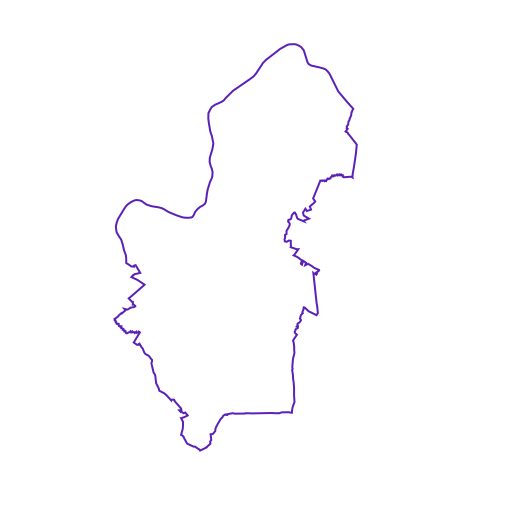 Ūdrīšu pag., Kraslavas, Latvia, rotated 137°
{"feature_id": "27541924B10135077648270", "entity_name": "Ūdrīšu pag.", "entity_type": "district", "adm_level": 2, "iso_a3": "LVA", "parent_name": "Latvia", "parent_adm1": "Kraslavas", "projection": "albers", "projection_center": [27.063, 55.925], "detail": "fine", "context": "isolated", "style": "outline", "palette": "violet", "viewbox_px": 512, "rotation_deg": 137, "n_neighbors": 0, "source": "geoboundaries", "source_scale": "gbopen_adm2", "svg_char_len": 6085}
<svg xmlns="http://www.w3.org/2000/svg" viewBox="0 0 512 512"><g transform="rotate(137 256 256)"><path d="M355.7,339.3L354.9,336.4L354.3,333.4L352.5,331.4L351.8,332.1L350.3,331.4L352.2,322.6L357.2,325.5L359.0,325.5L359.0,325.8L361.5,325.5L359.0,319.3L357.1,311.0L372.9,311.5L378.0,311.8L377.9,306.8L377.4,306.4L379.2,304.5L378.6,304.2L378.4,301.9L378.6,301.5L380.2,301.9L382.8,303.7L386.4,304.4L386.9,304.9L388.3,307.0L388.3,305.6L388.8,305.5L388.8,305.3L393.3,305.5L393.3,306.0L397.1,306.1L397.9,305.8L402.5,306.4L402.7,305.4L403.6,306.2L403.4,306.0L403.2,305.0L402.7,304.7L403.0,304.0L403.8,303.2L403.4,302.5L403.8,302.1L403.9,301.6L404.1,301.5L404.0,301.1L403.5,300.5L402.8,300.2L402.7,300.0L403.7,298.9L404.0,298.2L403.6,297.7L403.6,297.4L403.4,297.3L403.6,297.0L403.5,296.6L402.6,296.3L403.7,295.4L403.8,295.1L403.2,294.8L402.8,293.1L403.7,292.9L403.0,291.4L403.6,290.8L402.9,290.4L402.7,289.8L403.4,289.4L403.6,288.2L403.2,287.5L402.8,287.3L401.7,287.1L399.9,286.4L399.0,286.5L399.0,286.4L399.6,286.2L399.7,285.6L399.4,285.4L398.8,285.6L398.6,285.4L398.7,285.1L397.8,285.1L397.8,284.8L398.0,283.9L397.0,283.4L396.8,283.0L397.0,282.4L395.3,282.3L395.8,281.3L394.1,280.3L393.4,280.8L393.0,280.0L393.1,279.3L404.4,276.1L403.6,272.2L403.0,271.7L401.0,271.4L401.1,270.9L401.5,271.3L402.1,271.5L402.2,270.9L401.3,270.5L401.5,269.1L401.9,267.9L401.9,266.3L402.1,265.2L403.1,262.8L403.6,261.2L403.7,260.0L403.4,258.6L402.7,256.8L402.5,255.7L402.9,252.4L402.9,251.0L403.5,250.2L405.7,248.8L410.4,240.6L410.7,238.5L411.4,237.0L415.8,231.1L416.4,228.7L417.0,227.3L417.4,225.5L418.6,223.4L416.7,218.0L416.4,215.0L416.5,208.3L415.9,208.7L413.9,206.7L414.5,204.6L414.8,195.6L415.7,194.2L417.4,195.5L417.4,193.1L416.7,192.9L416.1,190.3L414.5,189.8L414.7,186.0L415.8,186.2L420.9,188.1L421.4,188.5L422.5,184.5L425.1,181.7L427.4,179.6L432.8,176.2L432.2,174.7L432.3,172.9L432.6,172.7L434.3,165.8L431.6,159.0L430.9,158.5L430.6,158.1L430.3,157.1L430.2,156.2L429.7,154.0L429.3,153.2L429.6,151.8L422.7,149.7L422.6,149.9L417.4,149.8L416.0,151.6L414.3,151.9L410.7,156.6L409.0,155.3L405.3,155.7L403.6,157.2L401.9,158.1L398.4,159.3L392.9,160.9L390.7,160.9L389.1,161.5L387.1,161.2L386.2,160.2L386.2,160.7L380.2,156.9L379.1,155.2L371.4,148.2L370.7,148.0L365.7,143.1L352.3,131.1L346.6,125.4L343.7,124.0L338.8,119.6L336.7,116.9L334.8,118.6L332.1,120.6L327.5,122.9L323.2,128.1L317.9,133.8L314.5,138.1L312.7,140.8L310.3,143.6L307.2,148.1L306.2,148.5L305.3,149.9L299.3,155.4L294.1,158.8L291.4,162.1L290.5,162.9L287.5,166.9L286.7,168.8L284.0,169.6L279.7,170.5L280.0,173.2L279.5,174.1L277.7,174.8L277.3,175.3L275.9,175.4L275.6,175.1L274.3,174.9L273.9,175.6L273.4,175.8L273.4,176.2L273.7,176.5L273.0,176.5L272.8,177.4L271.8,178.1L271.7,178.1L271.7,177.9L269.2,177.8L266.9,178.3L266.6,179.1L266.6,180.3L265.1,181.0L264.7,181.5L263.5,182.1L262.2,182.2L261.1,182.6L260.7,182.4L260.4,183.3L257.2,184.8L256.7,185.2L256.7,185.5L256.1,185.9L255.5,185.0L255.2,179.7L252.1,171.5L249.6,172.1L245.8,177.2L243.3,180.9L225.6,204.5L225.5,203.7L225.0,202.7L224.6,201.2L223.4,201.5L223.3,201.9L223.4,202.6L223.3,202.9L222.8,202.8L222.7,202.5L221.9,202.6L221.6,202.4L221.2,202.6L220.5,202.3L219.9,202.7L219.5,202.6L219.4,202.8L221.5,207.6L222.1,210.8L223.2,214.7L226.3,215.7L224.0,216.9L224.8,220.3L228.3,218.3L228.5,219.7L225.3,221.5L225.9,223.7L226.0,225.1L226.6,227.4L228.0,230.8L226.7,230.8L220.4,232.1L221.6,233.2L224.6,238.8L224.2,239.0L220.2,243.4L221.0,244.5L221.7,245.0L223.8,245.4L224.8,246.7L224.9,247.2L224.3,247.7L223.9,248.6L221.9,249.8L221.2,250.8L220.4,251.6L218.6,251.3L216.8,253.3L216.2,253.7L213.0,254.5L210.7,255.5L209.8,256.1L209.3,256.6L208.9,258.0L209.1,258.5L209.1,259.2L207.6,260.3L206.2,259.5L205.2,259.3L204.6,259.5L202.1,261.3L198.7,261.8L198.2,261.5L197.9,261.2L198.3,260.5L198.2,259.6L200.0,255.6L200.1,254.9L200.0,254.5L197.3,248.6L197.2,249.4L191.8,247.2L193.5,253.1L192.0,255.7L187.6,256.9L188.1,254.2L184.1,252.4L182.9,255.5L177.3,255.3L175.5,255.5L175.0,259.1L157.6,267.2L157.5,266.9L157.1,266.7L156.6,266.0L156.2,266.2L155.9,265.8L155.9,265.5L154.7,264.9L154.8,264.2L154.3,264.1L154.4,263.8L154.0,263.7L153.6,263.0L153.1,263.4L152.1,263.4L151.8,263.7L151.4,263.5L150.8,263.6L150.8,263.3L150.3,263.1L150.2,262.5L149.4,262.6L148.6,262.0L147.6,262.6L146.1,262.6L145.3,263.0L145.0,262.6L145.2,262.0L144.8,262.0L144.7,261.4L144.3,261.5L144.0,261.3L143.8,261.6L143.5,261.6L142.8,260.4L141.0,260.4L140.7,259.7L140.9,259.3L140.3,259.4L140.1,259.2L139.8,257.9L139.5,257.8L139.2,258.0L139.2,257.5L139.1,257.3L138.2,257.5L138.2,256.9L137.7,256.3L138.0,256.2L137.8,255.9L138.1,255.3L137.9,255.1L138.2,254.9L137.9,254.7L138.1,254.2L138.0,253.6L132.4,249.2L131.9,247.5L131.1,248.6L130.6,248.8L129.9,249.6L122.9,254.9L112.9,262.9L106.3,268.8L105.2,281.7L105.3,282.4L105.2,282.9L104.8,283.6L105.6,285.9L102.4,286.5L102.7,287.1L102.6,287.6L101.5,288.2L101.2,288.9L99.0,289.2L97.5,290.6L96.6,291.3L95.5,291.5L94.4,292.0L94.0,292.5L90.7,293.8L88.1,296.0L87.4,296.0L86.7,296.6L84.5,297.3L84.3,306.6L83.6,320.3L78.5,337.2L77.8,340.1L77.7,343.2L77.8,344.6L78.1,345.6L79.0,347.5L81.2,351.0L85.6,357.4L86.5,360.0L86.5,361.5L86.1,362.8L81.2,372.9L80.7,374.4L80.5,377.8L80.9,379.7L82.2,383.1L83.5,384.8L87.6,388.3L89.7,389.2L97.2,391.0L114.6,392.6L119.2,392.4L131.2,389.5L134.9,389.0L139.9,389.5L159.9,392.5L170.5,392.2L173.1,391.8L175.4,392.0L182.7,394.5L186.6,395.1L189.4,394.4L193.4,392.9L197.1,389.1L199.6,385.7L204.4,378.4L206.5,373.8L210.5,367.3L215.3,363.7L222.7,359.4L225.8,356.4L227.7,352.8L228.9,349.7L230.6,346.9L233.7,344.0L235.9,342.8L239.0,341.6L246.1,337.5L249.2,335.2L255.6,329.9L257.9,329.0L261.0,329.3L263.2,330.0L267.0,330.2L270.2,329.8L273.6,328.4L275.9,327.9L277.2,328.4L279.7,330.3L282.1,332.8L283.5,334.6L286.2,339.6L288.0,343.4L290.1,348.2L291.3,352.7L292.3,355.3L294.1,358.1L298.4,363.6L301.0,368.3L302.2,374.3L303.6,376.6L305.5,378.7L307.9,379.9L310.8,380.7L314.3,381.2L317.2,381.1L322.4,379.8L331.3,377.3L334.7,375.7L338.1,373.4L340.3,370.6L341.8,368.3L342.9,363.3L343.4,360.0L345.3,355.9L348.8,349.8L350.6,345.4L352.3,343.1L355.7,339.3Z" fill="none" stroke="#5b21b6" stroke-width="2"/></g></svg>